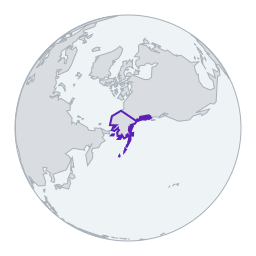 Alaska highlighted on a globe, orthographic projection, rotated 314°
{"feature_id": "USA-3563", "entity_name": "Alaska", "entity_type": "State", "adm_level": 1, "iso_a3": "USA", "parent_name": "United States of America", "parent_adm1": "", "projection": "orthographic", "projection_center": [-152.163, 61.314], "detail": "medium", "context": "on_globe", "style": "outline", "palette": "violet", "viewbox_px": 256, "rotation_deg": 314, "n_neighbors": 0, "source": "natural_earth", "source_scale": "10m", "svg_char_len": 13026}
<svg xmlns="http://www.w3.org/2000/svg" viewBox="0 0 256 256"><g transform="rotate(314 128 128)"><circle cx="128" cy="128" r="113" fill="#eef3f6" stroke="#a8b0b8"/><path d="M77.5,226.9L77.7,227.2L77.5,226.9ZM234.2,165.6L233.8,165.9L235.2,160.4L234.6,160.8L236.6,149.8L235.1,147.2L234.2,148.8L233.8,152.7L229.8,157.5L227.1,156.7L208.3,173.0L205.0,173.3L202.9,170.2L186.1,166.2L198.3,173.4L193.7,174.1L188.2,172.6L188.9,170.5L182.0,166.5L176.5,166.6L168.0,159.7L162.6,146.2L165.8,146.9L164.2,143.7L160.1,142.7L157.8,142.8L146.5,131.7L132.8,128.7L128.4,132.2L129.5,128.0L121.1,138.1L113.7,140.2L122.1,135.1L123.1,132.5L118.0,132.4L117.9,129.8L115.4,128.3L115.6,125.2L120.5,122.7L120.8,120.7L117.2,120.8L115.2,117.9L120.5,118.0L117.5,113.0L125.2,108.3L138.9,111.8L143.3,107.2L157.7,105.8L156.5,103.5L161.2,101.8L161.5,98.6L164.1,99.4L162.1,96.2L159.7,96.1L158.0,94.7L158.0,92.9L161.3,93.5L161.8,94.6L162.7,93.8L164.4,94.9L163.5,93.4L167.5,94.5L163.6,90.7L166.7,89.4L169.4,90.8L169.1,94.1L174.4,106.3L177.0,109.1L180.9,109.6L188.4,103.0L191.3,104.8L195.2,104.7L193.7,102.1L190.1,101.2L188.2,96.4L184.0,96.2L182.6,94.2L178.3,92.7L179.0,89.3L182.0,86.9L185.6,88.0L187.1,87.0L183.7,83.1L190.4,82.6L194.9,78.1L196.7,78.5L200.0,84.1L199.9,91.1L204.1,99.1L201.5,90.3L205.8,91.7L206.6,90.5L206.4,88.4L204.8,86.5L206.3,86.3L209.5,94.8L208.2,95.0L207.2,92.3L207.2,95.7L209.4,101.7L211.4,102.1L212.6,111.2L214.0,111.7L215.1,114.0L212.7,112.6L217.1,115.4L218.8,127.5L224.8,132.9L218.8,132.5L216.6,135.6L214.4,140.2L215.5,141.2L211.2,146.3L209.7,153.7L212.5,160.7L216.7,162.5L221.0,156.2L220.7,152.1L223.0,146.8L224.7,156.0L229.3,148.3L230.7,153.4L232.5,153.0L234.0,148.1L235.7,144.6L235.8,139.0L236.5,132.4L237.7,135.6L237.1,129.7L238.1,128.3L238.7,117.5L238.9,119.0L239.6,113.8L238.9,108.3L240.1,116.5L240.6,124.8L240.5,133.1L239.8,141.4L238.6,149.6L236.7,157.6L234.2,165.6ZM121.4,203.8L121.2,201.8L123.1,203.0L121.4,203.8ZM119.8,200.6L120.2,201.3L119.7,200.7L119.8,200.6ZM118.7,200.2L119.5,200.5L118.5,200.4L118.7,200.2ZM117.1,199.9L118.0,200.0L117.9,200.0L117.1,199.9ZM226.3,135.6L231.3,128.6L230.0,134.6L230.0,133.0L228.4,134.3L225.9,137.8L224.3,143.4L226.3,135.6ZM114.7,198.8L114.1,198.5L114.9,198.3L114.7,198.8ZM225.0,127.7L224.2,129.2L224.8,127.4L225.0,127.7ZM156.8,143.3L160.0,142.9L163.8,144.9L161.1,145.5L156.8,143.3ZM149.5,139.5L151.0,138.5L152.7,141.9L151.4,141.4L149.5,139.5ZM125.3,135.5L128.0,135.3L125.5,136.4L125.3,135.5ZM115.0,128.7L114.2,129.6L113.2,128.4L115.0,128.7ZM178.2,94.7L178.3,93.8L179.0,94.5L178.2,94.7ZM176.3,95.0L177.1,96.7L176.4,97.1L175.9,96.1L176.3,95.0ZM112.7,122.7L111.3,120.6L113.6,122.3L112.7,122.7ZM175.4,93.0L174.9,97.6L173.5,98.2L170.4,95.0L175.4,93.0ZM111.1,119.1L107.6,114.4L105.8,116.0L109.1,108.9L110.9,115.2L114.0,116.9L111.7,117.3L111.1,119.1ZM158.9,96.9L161.5,96.9L159.4,98.6L158.9,96.9ZM158.0,98.3L153.9,105.8L150.0,105.0L152.2,102.6L147.3,103.0L147.5,98.9L150.2,97.7L152.6,99.1L150.8,96.5L158.0,98.3ZM111.5,105.8L111.4,104.4L112.5,105.5L111.5,105.8ZM157.2,94.3L156.7,95.9L153.4,95.2L153.7,92.0L154.7,93.2L157.2,94.3ZM145.9,105.2L143.5,104.2L143.0,100.6L142.0,99.7L147.1,98.7L145.9,105.2ZM155.4,92.5L154.0,90.4L155.6,89.1L157.4,92.8L155.4,92.5ZM152.3,96.4L150.8,96.0L151.8,95.2L152.3,96.4ZM160.3,83.4L159.7,85.2L158.0,85.0L160.3,83.4ZM153.4,89.8L152.9,90.3L152.1,90.4L151.5,88.8L153.4,89.8ZM146.4,96.3L146.7,95.0L144.3,96.5L143.8,93.9L147.3,93.8L145.6,92.8L145.4,92.0L148.5,92.7L146.4,96.3ZM148.6,87.7L152.9,86.8L154.3,83.5L155.9,83.6L153.4,88.8L148.6,87.7ZM148.3,90.6L148.8,88.8L150.6,89.7L151.2,91.5L148.3,90.6ZM142.2,92.3L142.0,96.3L141.2,96.2L142.2,92.3ZM148.7,86.6L147.6,86.9L148.6,86.3L148.7,86.6ZM143.8,90.3L143.8,91.7L142.9,91.6L143.8,90.3ZM145.5,86.3L146.9,86.0L147.4,87.1L145.5,86.3ZM144.4,88.0L143.2,87.5L146.7,87.7L144.6,88.6L144.4,88.0ZM142.9,90.0L142.4,90.3L143.0,89.4L142.9,90.0ZM142.8,82.1L147.1,82.2L148.2,84.7L143.9,84.3L142.8,82.1ZM201.8,42.9L201.7,42.8L178.8,29.7L174.0,26.9L156.2,20.6L153.9,19.9L156.1,19.6L142.8,16.4L138.4,16.2L126.2,15.5L118.0,15.9L114.9,17.3L128.3,16.4L130.5,17.4L119.7,18.8L108.0,20.3L108.5,20.7L115.8,20.9L113.0,22.5L118.3,21.2L116.3,20.7L119.5,19.9L121.6,20.3L120.6,20.8L124.1,20.9L128.2,18.7L126.6,18.0L135.8,18.0L133.9,16.9L136.4,16.7L140.6,18.5L140.1,19.0L147.9,22.6L149.3,21.9L142.0,18.6L144.3,19.1L146.1,18.5L146.6,19.3L154.1,23.4L162.4,25.5L173.1,27.1L178.0,29.3L181.9,32.2L177.8,33.6L167.5,28.4L166.0,29.1L167.9,32.3L164.6,30.6L164.1,31.3L160.2,29.8L154.6,30.2L150.6,29.2L148.2,32.0L145.8,31.9L147.9,30.2L147.2,28.7L137.3,27.1L135.4,27.6L134.6,29.5L132.0,29.0L132.5,31.1L126.7,31.8L134.3,32.8L133.6,35.4L130.0,37.4L131.1,38.5L136.9,35.4L138.0,34.0L136.8,32.5L141.0,29.2L144.5,29.2L145.2,33.5L150.2,34.2L148.6,37.5L133.8,43.5L127.8,45.0L118.1,41.2L119.6,39.1L123.8,39.3L120.1,36.5L120.3,38.0L118.1,37.6L116.9,40.2L115.3,40.1L116.9,42.9L114.8,43.0L113.8,41.2L110.3,45.5L105.8,46.8L105.8,47.8L107.0,48.6L100.6,49.9L100.9,50.6L103.1,50.5L105.0,51.9L106.0,54.9L103.7,55.2L103.0,54.1L98.3,52.4L96.9,49.7L96.1,50.1L96.7,52.6L102.5,54.6L103.8,56.4L100.7,55.7L101.9,56.1L101.8,57.0L99.6,58.3L102.8,59.3L104.7,70.3L100.5,74.0L97.6,72.0L96.5,80.6L91.9,84.5L94.0,84.3L94.8,88.5L96.3,87.3L97.3,87.5L100.2,98.2L99.1,101.1L102.7,105.8L103.7,105.8L104.7,103.9L109.1,108.9L105.8,116.0L103.5,115.7L102.9,120.4L98.0,119.2L93.6,120.6L88.5,116.7L85.5,118.3L85.6,120.0L81.6,123.5L72.9,125.1L79.4,116.2L92.3,113.1L87.0,113.6L88.1,111.3L86.1,110.2L82.3,110.8L82.0,112.2L75.2,102.6L65.9,100.8L66.9,105.9L64.8,109.4L55.1,112.7L42.6,106.2L39.6,111.6L37.6,112.7L36.1,109.7L39.0,107.9L40.0,103.9L41.9,103.5L40.5,98.4L43.1,97.5L40.7,94.1L38.6,96.6L38.9,101.3L35.7,98.9L32.4,105.6L29.0,108.3L24.2,104.0L23.9,97.0L23.3,97.3L24.7,93.1L24.3,90.5L19.6,101.2L18.9,102.5L19.3,98.5L19.8,97.2L23.6,86.2L22.7,87.9L23.3,86.4L23.7,85.6L27.2,78.9L28.8,75.0L29.9,73.7L35.0,66.5L38.0,61.0L40.6,56.9L47.0,49.7L54.0,43.1L54.4,42.7L59.1,38.9L64.6,35.0L77.9,27.1L79.9,26.2L82.4,25.0L88.0,22.7L91.1,21.8L94.4,20.6L90.1,21.9L98.6,19.3L107.3,17.3L116.1,16.0L115.8,16.0L116.1,16.0L116.9,15.9L118.6,15.8L120.2,15.7L118.8,15.7L126.9,15.4L135.1,15.6L143.2,16.4L151.2,17.8L159.1,19.7L166.9,22.3L174.4,25.4L181.7,29.0L188.7,33.1L195.5,37.8L201.8,42.9ZM80.5,25.8L79.8,26.2L79.2,26.5L80.5,25.8ZM186.7,32.3L187.3,32.5L186.7,32.3ZM95.5,22.1L88.5,24.6L91.9,24.9L89.5,26.0L91.5,25.8L92.2,25.0L97.1,24.9L94.2,26.7L95.2,27.4L97.6,26.6L102.1,23.5L95.0,23.4L96.5,22.2L95.5,22.1ZM238.7,117.1L238.9,116.4L238.9,118.2L238.7,117.1ZM230.7,136.8L231.4,134.8L232.0,134.2L231.6,136.0L230.7,136.8ZM234.4,118.9L234.8,116.7L234.7,119.6L234.4,118.9ZM231.9,127.4L234.1,120.8L234.0,126.8L232.5,131.0L233.0,127.2L231.9,127.4ZM226.3,130.7L227.0,129.6L227.3,130.6L226.3,130.7ZM225.4,126.4L225.3,127.0L224.6,127.1L225.4,126.4ZM205.6,91.2L205.4,90.5L205.6,88.6L206.3,90.0L205.6,91.2ZM201.8,78.0L204.3,78.0L203.0,78.8L204.4,80.6L203.4,84.7L197.5,78.9L200.4,80.7L201.8,78.0ZM200.4,88.8L201.7,86.7L200.5,89.3L200.4,88.8ZM165.3,37.6L164.1,36.2L165.6,35.5L170.7,37.2L168.4,38.1L165.3,37.6ZM161.9,34.3L161.2,38.4L158.1,37.7L159.9,37.4L157.9,36.5L160.4,35.8L158.1,31.3L159.3,30.5L167.9,33.8L164.4,33.1L165.9,34.4L161.9,34.3ZM165.1,51.6L164.7,53.7L158.3,49.3L159.4,47.8L164.5,49.3L166.2,51.9L165.1,51.6ZM170.1,86.6L170.4,88.0L169.5,87.8L168.5,86.4L170.1,86.6ZM160.2,84.3L167.9,80.4L168.6,81.8L172.3,78.1L175.6,80.3L173.1,82.6L178.4,81.6L177.5,84.5L180.9,83.5L175.0,88.4L174.4,91.1L173.8,87.2L170.8,85.1L169.3,85.0L164.6,86.8L161.8,91.9L158.3,90.7L156.6,88.5L156.8,87.1L159.0,88.3L157.6,85.6L160.9,86.3L160.2,84.3ZM138.7,66.1L141.2,67.7L139.0,63.1L142.3,63.4L141.8,62.9L144.2,62.0L146.3,59.9L147.8,60.6L148.0,59.5L149.6,59.0L150.4,57.8L153.3,58.5L154.5,57.1L155.2,58.3L156.4,55.8L156.8,58.0L158.9,57.6L157.4,55.6L171.3,63.2L176.8,64.9L181.2,65.3L181.2,69.2L177.2,71.5L171.2,72.7L165.9,70.6L166.9,72.8L164.7,72.5L164.8,70.9L163.2,73.3L161.4,72.6L156.1,74.1L155.0,78.2L153.0,78.9L152.5,77.0L150.9,79.1L148.7,76.0L147.2,76.5L143.6,74.0L143.6,70.2L141.9,71.0L139.1,69.3L138.7,66.1ZM141.8,81.3L141.0,76.5L142.5,74.3L148.2,79.5L149.8,79.5L153.5,82.9L151.4,86.0L150.5,84.8L149.2,84.2L150.4,83.5L148.4,83.7L147.2,82.0L145.3,81.7L145.6,80.2L141.8,81.3ZM151.3,19.6L149.6,19.2L146.9,18.7L147.9,18.4L151.3,19.6ZM156.6,22.3L155.1,21.9L155.2,21.1L157.0,21.6L156.6,22.3ZM154.1,22.6L155.0,22.0L155.5,22.6L154.1,22.6ZM146.5,30.1L144.7,30.0L144.6,29.5L145.6,29.0L146.5,30.1ZM132.8,53.2L134.0,54.3L133.5,54.7L134.0,57.9L131.7,58.0L130.4,56.1L132.8,53.2ZM117.3,16.8L119.7,16.3L120.9,16.3L119.8,16.4L117.3,16.8ZM134.6,16.4L130.7,16.1L134.9,16.3L134.6,16.4ZM130.3,53.8L130.8,55.1L129.3,54.4L130.3,53.8ZM129.9,58.2L128.1,57.7L131.4,58.4L129.9,58.2ZM16.0,115.9L16.2,120.3L15.9,125.2L15.5,124.0L15.4,129.1L15.4,128.3L16.0,115.9ZM17.3,121.2L16.6,119.0L17.6,120.2L17.3,121.2ZM18.6,121.0L18.1,122.3L18.6,119.6L18.6,121.0ZM22.2,98.5L22.6,95.9L23.1,95.1L23.0,98.0L22.2,98.5ZM26.4,110.6L24.3,112.4L23.7,112.4L24.8,110.0L26.4,110.6ZM110.6,57.6L112.5,53.0L112.2,49.9L109.6,48.6L114.1,48.6L114.5,53.2L110.6,57.6ZM105.6,68.6L108.0,69.9L106.5,70.8L105.7,70.6L105.6,68.6ZM107.4,68.4L111.1,67.3L112.1,69.0L109.0,69.5L107.4,68.4ZM120.7,60.0L121.4,58.6L122.6,59.2L120.7,60.0ZM27.6,179.1L27.4,178.6L29.5,182.6L27.6,179.1ZM54.8,213.6L56.3,214.8L59.9,217.8L57.5,215.8L54.8,213.6ZM74.0,225.7L75.6,226.7L73.8,225.8L74.0,225.7ZM77.6,227.2L75.3,226.1L77.5,226.9L77.6,227.2ZM57.5,214.9L58.6,215.9L58.1,215.6L57.5,214.9ZM56.8,214.4L57.0,214.3L57.5,214.9L56.8,214.4ZM48.2,205.4L48.7,205.7L49.2,206.3L48.2,205.4ZM46.9,203.7L45.2,202.0L45.2,201.8L46.9,203.7ZM46.6,202.9L46.1,202.2L47.7,204.5L46.6,202.9ZM43.1,198.6L45.3,201.5L42.9,198.5L43.1,198.6ZM42.0,197.5L40.6,195.7L42.0,197.5ZM30.3,182.1L35.0,190.6L32.0,186.3L28.4,179.5L27.1,177.6L23.1,169.0L23.6,169.7L22.7,166.9L19.6,157.6L18.9,154.8L19.7,157.1L18.1,150.6L19.8,156.2L20.8,161.0L21.9,162.7L24.5,169.3L27.6,176.0L30.8,182.6L30.3,182.1ZM20.5,161.3L20.9,162.4L20.7,162.1L20.5,161.3ZM38.0,191.6L40.0,194.8L39.9,194.9L39.0,193.7L38.0,191.6ZM31.4,183.3L34.5,186.6L35.4,187.9L33.5,186.6L31.4,183.3ZM33.5,184.1L35.2,186.8L36.4,189.2L36.0,189.0L33.5,184.1ZM17.0,146.7L17.0,147.1L16.7,145.0L17.0,146.7ZM17.3,148.3L18.5,153.8L17.3,148.4L17.3,148.3ZM15.4,131.6L15.4,131.3L15.5,132.0L16.3,139.4L15.5,131.8L15.6,134.7L15.9,138.1L15.7,136.1L15.7,136.4L15.4,131.6ZM17.2,146.5L16.9,143.5L17.2,143.3L17.4,145.5L17.2,146.5ZM16.9,135.7L17.0,130.5L16.5,128.2L18.0,131.7L17.5,136.1L16.9,135.7ZM17.8,128.8L17.3,126.6L18.2,128.0L17.8,128.8ZM17.5,125.3L18.1,123.7L18.1,126.1L17.5,125.3ZM17.9,130.3L19.0,128.7L18.5,131.0L17.9,130.3ZM19.5,120.0L18.7,126.7L18.8,119.7L21.3,115.5L21.5,118.1L19.5,120.0ZM36.5,120.6L37.9,119.0L38.8,121.3L37.6,121.7L36.5,120.6ZM42.8,127.7L39.4,121.4L36.9,116.5L36.6,118.7L33.9,119.0L35.8,114.9L39.3,117.2L40.7,121.2L43.2,120.7L45.7,123.1L48.7,121.0L50.5,121.9L48.3,125.1L42.8,127.7ZM49.9,120.0L56.0,117.7L56.6,122.8L55.4,124.4L52.3,123.3L52.2,120.6L49.9,120.0ZM57.7,118.7L57.6,116.2L66.4,108.5L68.4,108.2L62.0,116.5L61.6,114.6L59.4,115.6L57.7,118.7ZM110.2,104.8L111.3,104.4L110.7,105.6L110.2,104.8ZM98.1,86.8L99.4,87.3L98.7,88.6L98.1,86.8ZM102.7,89.6L102.6,87.7L103.7,89.6L102.7,89.6ZM102.2,83.6L103.0,86.9L100.9,84.0L102.2,83.6Z" fill="#d9dde1" stroke="#a8b0b8" stroke-width="1"/><path d="M135.6,111.0L138.8,129.1L140.6,128.6L142.7,131.1L143.5,129.5L144.5,129.0L151.6,134.2L152.0,136.5L150.7,134.5L149.9,135.3L150.0,136.0L149.8,135.9L149.7,134.7L150.0,134.6L144.6,129.5L145.4,131.8L143.1,130.7L144.4,131.7L143.9,132.2L140.2,130.3L141.0,129.6L140.3,129.3L135.7,130.0L132.2,127.9L131.3,128.9L132.1,129.5L131.7,130.6L128.2,132.0L129.2,131.0L128.3,131.1L128.7,129.1L131.0,128.8L130.0,128.3L130.6,127.6L127.1,130.0L125.9,132.2L126.9,132.8L121.1,138.1L115.4,139.7L122.5,135.3L123.3,132.1L121.6,131.9L121.1,133.4L117.8,132.5L118.7,128.5L116.3,129.8L115.3,128.2L117.2,127.8L115.0,126.0L117.2,123.3L120.2,123.0L120.1,121.4L120.8,120.8L116.3,120.3L115.9,119.0L116.7,119.1L115.7,118.5L115.2,117.9L118.6,116.7L118.9,117.8L121.0,117.9L120.3,117.7L120.1,116.3L120.6,117.4L121.7,117.6L117.5,113.0L125.3,108.2L135.6,111.0ZM128.0,135.2L126.0,136.9L125.2,135.7L126.8,134.5L128.0,135.2ZM150.4,137.2L148.8,136.8L147.9,134.9L149.3,135.5L150.4,137.2ZM113.6,122.3L112.6,122.7L111.1,121.1L112.5,121.1L113.6,122.3ZM144.9,132.8L144.2,132.1L145.7,132.1L144.7,132.4L146.0,133.1L144.9,132.8ZM114.6,128.3L114.3,129.6L113.2,128.4L114.6,128.3ZM146.3,131.8L146.5,133.9L145.5,131.4L146.3,131.6L147.0,132.6L146.3,131.8ZM145.9,133.3L146.9,135.6L145.2,133.6L145.9,133.3ZM115.4,139.7L113.8,140.2L113.5,139.8L115.0,139.1L115.3,139.2L115.4,139.7ZM150.5,134.9L151.0,136.3L150.2,136.0L150.5,134.9ZM147.1,133.8L148.1,133.5L148.4,134.1L147.8,134.7L147.5,134.0L147.1,133.8ZM111.0,140.5L111.1,141.5L109.8,141.5L111.0,140.5ZM126.9,134.2L128.0,134.2L127.3,134.5L126.9,134.2ZM147.5,134.1L147.5,135.7L146.8,134.2L147.5,134.1ZM109.5,141.0L108.6,142.0L108.2,142.0L109.5,141.0ZM102.2,141.0L101.8,141.6L100.7,141.3L102.2,141.0ZM149.0,135.1L149.6,134.9L149.6,135.2L149.0,135.1ZM133.0,129.7L133.1,129.8L132.2,130.9L133.0,129.7Z" fill="none" stroke="#5b21b6" stroke-width="2"/></g></svg>